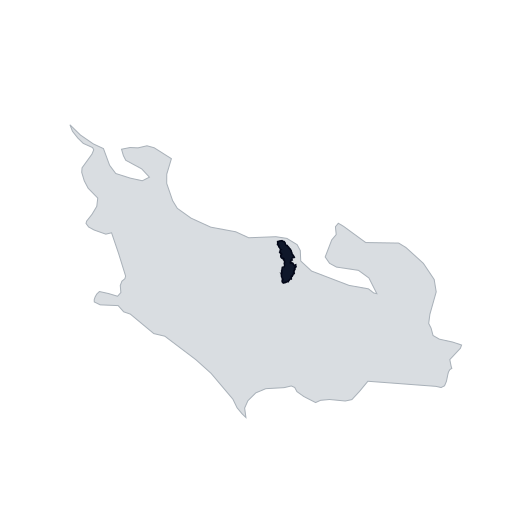 Turrubares, San José, Costa Rica (highlighted), rotated 162°
{"feature_id": "36466004B44597277334716", "entity_name": "Turrubares", "entity_type": "district", "adm_level": 2, "iso_a3": "CRI", "parent_name": "Costa Rica", "parent_adm1": "San José", "projection": "natural_earth1", "projection_center": [-84.504, 9.748], "detail": "fine", "context": "in_parent", "style": "filled", "palette": "ink", "viewbox_px": 512, "rotation_deg": 162, "n_neighbors": 0, "source": "geoboundaries", "source_scale": "gbopen_adm2", "svg_char_len": 6389}
<svg xmlns="http://www.w3.org/2000/svg" viewBox="0 0 512 512"><g transform="rotate(162 256 256)"><path d="M424.0,262.3L423.4,264.4L421.7,266.7L419.2,269.0L415.9,270.6L407.9,265.9L400.1,260.5L395.8,263.0L394.2,269.9L391.3,273.5L387.7,274.9L386.2,277.2L385.9,300.6L386.2,322.7L392.1,323.2L402.0,330.8L406.2,335.3L407.6,339.5L406.3,341.5L399.1,346.3L392.1,352.4L388.6,360.0L394.7,372.3L396.1,380.6L395.9,389.4L394.2,393.6L380.5,403.6L377.5,407.1L377.9,409.6L385.5,416.5L389.0,423.2L392.0,431.3L392.4,438.3L385.6,425.3L376.1,412.9L367.9,405.3L367.2,387.5L363.9,377.8L351.5,368.9L340.9,362.7L333.0,363.9L337.8,374.2L350.3,387.3L351.1,392.4L350.9,399.1L342.3,398.1L334.8,395.3L325.6,394.5L319.4,390.4L306.4,374.7L315.6,361.4L318.5,352.6L318.2,334.4L316.1,325.6L306.1,312.1L290.1,297.4L267.8,285.3L257.3,275.6L231.1,268.2L221.2,263.2L213.4,254.1L212.2,247.5L215.0,237.4L207.8,224.5L176.6,199.3L159.2,190.0L155.5,184.5L152.7,182.8L155.4,200.2L163.0,210.7L182.9,220.6L188.3,226.3L190.5,233.7L179.0,247.9L173.1,251.6L171.4,259.3L167.6,261.7L163.6,257.2L147.5,234.9L116.3,224.2L110.7,217.6L99.1,197.3L93.8,178.6L95.7,166.2L108.6,146.9L112.6,138.5L111.8,133.3L112.2,125.7L107.4,120.3L95.6,113.4L88.0,107.8L90.1,105.1L103.7,97.6L104.5,90.8L104.5,88.6L106.7,88.1L108.7,86.3L109.9,84.5L113.6,78.0L116.8,74.3L120.6,73.7L125.1,76.4L142.2,83.4L161.2,91.2L188.3,102.3L199.5,95.2L209.2,89.8L215.9,90.5L230.4,96.8L239.2,98.8L244.6,98.2L253.9,107.5L259.0,114.4L259.8,119.0L262.6,121.5L269.9,122.1L287.7,126.8L298.5,125.9L308.4,120.9L313.8,114.9L315.5,105.5L318.0,110.2L320.9,117.5L322.2,126.9L335.0,158.3L345.2,175.9L367.5,207.9L377.2,213.8L393.5,239.6L399.1,243.8L402.4,251.4L419.3,257.7L424.0,262.3Z" fill="#d9dde1" stroke="#a8b0b8" stroke-width="1"/><path d="M238.0,221.8L237.6,222.1L237.4,222.1L237.2,221.8L237.1,221.7L236.8,221.6L236.7,221.8L236.4,221.8L236.0,222.0L235.7,222.0L235.6,221.9L235.5,221.7L235.4,221.7L235.3,221.8L235.2,221.9L234.8,221.9L234.2,221.8L233.9,222.0L233.7,222.0L233.5,221.9L233.3,222.0L233.3,221.7L233.2,221.6L232.8,222.0L232.7,222.3L232.6,222.5L232.1,222.6L231.7,222.8L231.5,223.1L231.0,223.3L230.7,223.4L230.4,223.5L229.8,223.6L229.7,223.3L229.5,223.2L229.4,223.5L229.2,224.1L229.2,224.3L229.0,224.8L228.9,225.0L228.9,225.3L228.7,225.8L228.5,225.7L228.4,225.5L228.3,225.4L228.1,225.4L227.8,225.5L227.6,225.9L227.3,226.1L227.2,226.1L226.9,226.4L226.7,226.7L226.6,226.9L226.4,227.3L226.0,227.3L225.9,227.4L226.0,227.5L225.8,227.7L225.7,227.7L225.4,227.5L225.3,227.4L225.2,227.4L225.0,227.6L225.2,228.0L225.3,228.2L225.3,228.5L225.4,228.8L225.3,229.1L225.2,229.2L224.7,229.0L224.6,229.4L224.7,229.6L224.7,230.3L224.6,230.5L224.4,230.6L224.2,230.6L223.9,230.5L223.4,231.0L223.0,231.3L223.0,231.6L223.2,231.9L223.3,232.0L223.3,232.3L223.1,232.5L222.8,232.7L222.7,233.0L222.3,232.7L222.2,232.7L221.9,233.0L221.6,233.1L221.4,233.3L221.2,233.4L221.2,233.5L221.1,234.1L221.2,234.6L221.2,234.9L221.1,235.2L221.0,235.4L221.3,235.4L221.5,235.3L221.7,235.1L221.8,235.1L222.0,235.0L222.3,235.2L222.5,235.1L222.6,235.6L222.9,235.9L222.9,236.3L223.0,236.5L223.2,236.8L223.2,237.0L223.1,237.3L223.5,237.4L223.6,237.5L223.6,237.8L223.5,238.0L223.9,238.3L224.1,238.3L224.1,238.5L224.3,238.5L224.7,238.5L224.8,238.3L225.0,238.3L225.3,238.4L225.3,238.5L225.5,238.7L225.5,238.8L225.4,239.0L225.2,239.2L225.1,239.4L225.0,239.8L224.7,239.8L224.6,240.1L224.4,240.3L224.4,240.6L224.3,241.0L224.2,241.2L224.1,241.3L223.9,241.3L223.4,241.1L222.8,241.0L222.8,241.3L222.8,241.9L222.7,242.2L222.7,242.5L222.4,242.8L222.2,243.0L221.9,243.2L221.6,243.1L221.4,243.0L221.0,243.0L220.8,243.0L220.5,242.8L220.1,242.8L220.2,243.1L220.0,243.5L220.0,243.8L220.3,244.0L220.3,244.7L220.5,245.3L220.5,245.5L220.7,245.9L220.8,246.2L221.0,246.6L221.1,246.9L221.1,247.3L221.0,247.5L220.9,247.6L220.9,248.6L221.0,249.0L221.1,249.3L221.0,249.5L220.9,249.8L220.9,250.1L220.9,250.3L221.1,250.5L221.1,250.8L221.2,251.9L222.0,253.0L222.0,253.5L222.0,253.8L222.1,254.0L222.2,254.3L222.3,254.5L222.5,254.8L222.6,255.0L222.8,255.3L222.9,255.8L223.0,256.0L223.0,256.3L223.2,256.5L223.4,256.6L223.6,256.4L223.8,256.5L223.9,256.8L224.3,257.3L224.4,257.7L224.4,258.1L224.3,259.0L224.3,259.4L224.3,259.9L224.6,260.4L224.6,260.5L224.7,260.9L224.8,261.1L225.2,261.3L225.4,261.2L225.8,261.7L226.1,261.7L226.3,261.8L226.4,262.0L226.3,262.3L226.4,262.5L226.9,262.6L227.1,262.7L228.5,262.9L228.7,263.0L228.8,262.9L229.0,262.7L229.6,262.8L229.8,263.0L230.0,263.0L230.2,262.8L230.3,262.8L230.6,262.9L230.7,263.0L231.0,263.1L231.1,262.9L231.1,262.3L231.2,262.2L231.3,262.0L231.3,261.8L231.3,261.7L231.0,261.5L231.0,261.3L231.1,261.2L231.3,261.2L231.6,261.1L231.8,260.7L231.7,260.7L231.7,260.2L231.5,259.9L231.5,259.6L231.7,259.4L231.7,259.2L231.1,258.8L231.2,258.7L231.3,258.5L231.4,258.3L231.4,258.0L231.5,257.7L231.4,257.4L231.2,257.1L230.9,256.4L230.8,255.4L230.8,254.9L230.7,254.8L230.4,254.5L230.5,254.5L230.6,254.4L230.9,254.1L231.2,253.7L231.3,253.6L231.5,253.5L231.5,253.3L231.7,253.1L231.7,252.8L231.6,252.6L231.7,252.4L231.9,252.5L232.1,252.4L232.4,252.3L232.4,252.2L232.2,251.8L232.0,251.7L231.9,251.3L231.9,251.1L231.7,251.1L231.4,251.1L231.3,250.8L231.2,250.5L231.1,250.3L231.1,250.2L230.9,249.9L230.9,249.7L231.0,249.6L231.3,249.5L231.6,249.3L232.0,249.3L232.0,249.1L232.0,248.9L232.3,248.8L232.5,248.4L232.6,247.8L232.6,247.7L232.6,247.4L232.6,247.0L232.6,246.8L232.5,246.7L231.9,246.2L232.0,245.8L231.8,245.7L231.6,245.7L231.3,245.5L230.8,245.4L230.8,245.2L230.5,245.2L230.4,244.9L230.3,244.6L231.1,244.2L231.0,243.8L230.5,242.9L230.4,242.5L230.4,242.2L230.6,242.0L230.7,241.6L230.7,241.1L231.0,240.9L231.4,240.2L231.5,239.9L231.5,238.8L232.0,237.6L232.3,237.2L232.5,236.9L232.9,237.0L233.6,237.0L233.9,237.1L234.4,237.1L234.5,237.1L234.6,236.9L234.7,236.5L235.2,235.7L235.3,235.5L235.3,235.3L235.4,235.0L235.6,234.9L235.7,234.7L236.0,234.1L236.3,233.9L236.3,233.3L236.4,233.1L236.4,232.7L236.5,232.6L236.6,232.2L236.6,231.9L236.8,231.7L237.0,231.6L237.3,231.7L237.2,231.5L237.2,231.4L237.4,231.4L237.4,231.0L237.4,230.8L237.5,230.8L237.5,230.5L237.7,230.3L237.7,229.8L237.7,229.6L237.9,229.3L238.0,229.2L238.1,228.4L238.1,228.2L237.9,227.8L237.9,227.0L238.0,226.8L237.7,226.3L237.7,225.0L238.6,225.0L238.6,224.7L238.8,224.3L238.8,224.0L239.0,223.8L239.1,223.4L239.0,223.1L238.9,222.9L238.9,223.0L238.7,222.6L238.7,222.3L238.6,222.1L238.4,221.9L238.1,221.9L238.0,221.8Z" fill="#0f172a" stroke="#020617" stroke-width="1.5"/></g></svg>